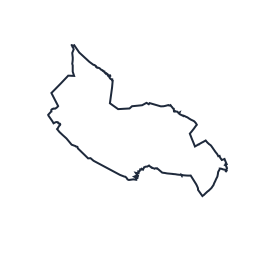 Miacatlán, Morelos, Mexico, rotated 321°
{"feature_id": "50627088B93952904425300", "entity_name": "Miacatlán", "entity_type": "district", "adm_level": 2, "iso_a3": "MEX", "parent_name": "Mexico", "parent_adm1": "Morelos", "projection": "natural_earth1", "projection_center": [-99.34, 18.806], "detail": "fine", "context": "isolated", "style": "outline", "palette": "slate", "viewbox_px": 256, "rotation_deg": 321, "n_neighbors": 0, "source": "geoboundaries", "source_scale": "gbopen_adm2", "svg_char_len": 5257}
<svg xmlns="http://www.w3.org/2000/svg" viewBox="0 0 256 256"><g transform="rotate(321 128 128)"><path d="M76.2,112.3L77.8,125.6L77.9,126.5L79.9,127.9L80.6,131.8L92.3,159.5L94.6,163.5L95.2,164.1L95.5,165.5L95.3,167.6L95.7,168.6L96.2,169.1L99.9,171.3L100.2,171.7L100.6,172.0L101.5,173.1L101.7,173.3L101.9,172.9L102.2,172.7L102.5,172.6L103.3,172.8L103.3,172.4L103.1,172.0L102.7,171.3L102.6,170.7L102.2,169.7L104.0,170.2L104.6,170.3L104.9,170.7L105.0,171.9L105.8,171.4L105.8,171.1L105.7,170.3L105.6,170.1L105.7,169.4L105.7,168.8L105.8,167.7L106.3,168.3L106.5,168.6L106.9,169.0L107.0,169.0L107.3,169.2L107.8,169.7L108.1,169.3L108.3,169.6L108.3,169.8L108.7,168.2L109.8,168.8L110.0,168.7L110.5,168.4L111.0,168.2L111.3,168.0L111.4,168.3L111.8,168.6L112.2,168.5L112.3,168.4L112.5,168.6L113.0,168.4L113.4,169.8L114.5,169.3L115.4,168.9L115.7,168.7L116.1,168.9L116.3,168.9L117.1,169.0L117.4,169.2L117.6,169.3L118.2,169.7L118.7,170.1L120.7,170.4L120.7,170.5L120.7,171.0L120.8,171.1L121.0,172.0L121.5,173.3L121.3,173.4L121.4,173.9L121.6,174.2L122.0,174.7L122.2,175.0L122.6,175.5L122.9,176.0L123.0,176.1L123.0,176.3L123.9,176.6L124.3,176.8L124.5,177.0L124.6,177.3L124.9,177.8L125.1,178.1L125.3,178.0L125.5,178.9L126.2,182.6L126.5,184.2L126.7,184.4L127.2,185.0L127.7,185.5L128.2,186.0L129.8,187.9L133.9,191.9L133.9,192.0L135.6,193.6L137.0,195.2L137.3,195.5L138.3,196.5L139.6,197.7L139.8,197.6L139.8,197.9L139.7,199.2L140.6,198.7L141.3,199.6L143.6,201.8L145.2,203.2L146.8,204.4L145.6,214.5L145.4,215.5L145.0,217.1L144.5,218.8L144.4,219.0L144.1,219.3L143.5,220.2L143.3,223.2L143.0,227.7L143.7,227.7L144.1,227.7L144.9,227.8L145.6,227.7L147.9,227.5L148.6,227.5L149.1,227.4L149.8,227.4L150.6,227.4L150.9,227.5L151.9,227.4L154.6,227.2L155.3,227.1L156.2,226.8L157.6,226.4L158.4,226.2L158.9,225.9L160.5,225.0L162.3,224.2L162.5,224.1L162.9,223.9L163.8,223.4L165.3,222.7L166.9,222.0L167.6,221.4L168.6,220.6L170.3,219.0L171.0,218.6L172.0,218.3L172.2,218.2L173.6,217.6L173.8,217.3L174.6,218.0L175.4,219.2L176.0,220.2L176.9,221.2L177.6,222.0L177.3,222.6L176.8,223.0L176.9,223.4L177.9,223.2L177.9,222.9L178.7,222.0L179.4,221.7L179.7,221.5L179.8,221.0L179.8,220.6L180.1,220.3L180.3,219.3L180.2,218.6L180.0,217.9L180.5,217.9L180.9,217.6L181.0,217.8L181.3,217.9L181.5,217.9L181.5,218.2L181.9,218.3L182.1,217.5L183.0,214.4L183.5,212.8L182.4,212.5L180.8,211.9L180.9,211.3L180.9,211.1L180.8,210.8L180.9,210.4L180.9,209.8L181.0,209.0L181.1,208.8L181.3,208.0L181.6,207.3L180.4,206.8L180.8,205.0L180.9,204.3L180.9,202.8L180.9,201.5L181.2,197.5L181.3,196.4L181.3,195.8L181.4,195.1L181.4,193.4L180.8,191.4L180.8,190.8L180.6,189.9L180.5,188.3L180.5,186.6L179.3,186.4L178.2,186.2L177.5,186.1L176.2,185.8L174.9,185.6L174.4,185.5L174.1,185.5L173.2,185.3L172.5,185.1L172.4,185.3L171.6,185.0L168.4,184.5L169.5,181.0L170.8,176.6L172.5,171.3L175.1,170.8L178.7,170.0L181.5,169.2L183.5,168.8L183.8,166.9L183.7,164.5L183.3,163.5L182.2,161.2L181.7,159.8L181.5,159.4L181.4,158.9L181.0,157.6L180.9,157.2L180.0,155.5L179.8,155.0L179.1,153.6L178.3,152.5L178.2,152.7L176.6,149.2L176.4,149.1L176.8,149.2L176.9,149.3L177.4,148.7L177.9,148.4L176.7,148.2L176.8,147.9L176.5,146.2L176.4,146.1L176.1,145.8L175.1,144.9L174.9,144.8L175.2,144.3L175.2,144.2L174.9,143.8L174.4,143.7L175.7,141.8L175.3,141.1L175.3,140.9L175.4,139.1L175.2,138.3L175.4,137.8L175.4,137.0L175.1,137.0L175.0,136.8L174.8,136.7L174.1,136.5L173.8,135.6L170.7,134.2L169.2,133.4L167.1,131.8L160.5,122.3L159.1,122.6L158.2,120.1L153.3,119.2L144.8,113.6L141.5,113.8L132.2,107.1L129.5,97.4L141.2,86.4L141.5,86.1L144.4,83.1L145.8,81.7L145.5,81.3L145.6,81.0L145.8,80.9L146.2,80.6L146.3,80.4L146.2,80.3L146.3,80.2L146.0,79.9L145.7,79.7L145.4,79.0L145.4,78.7L145.3,78.2L145.3,77.9L145.5,76.7L146.2,76.6L146.4,76.4L147.0,76.4L147.1,76.0L147.2,75.8L147.2,75.7L146.8,75.5L146.6,75.4L146.4,75.4L146.1,75.2L146.0,74.7L145.9,74.6L145.4,74.7L145.4,74.4L145.8,74.1L146.0,73.7L145.8,73.3L145.9,73.0L145.8,72.6L145.7,72.4L145.6,71.9L145.0,72.0L144.9,71.0L145.1,71.0L145.0,70.5L144.8,70.3L144.8,69.9L145.0,69.7L145.2,69.3L144.9,69.1L144.6,68.4L144.8,68.4L144.7,68.0L144.6,67.6L144.5,67.3L144.5,67.0L144.2,66.6L144.0,66.1L143.8,65.8L143.7,65.3L143.6,64.1L143.5,63.6L143.2,63.1L142.9,62.7L142.7,62.2L142.3,61.8L142.1,61.4L141.9,61.5L141.8,61.1L141.7,60.8L141.9,60.6L141.7,60.2L141.8,59.6L142.0,59.5L141.8,58.8L141.6,57.9L140.9,57.2L139.6,52.2L137.6,38.7L138.3,29.8L136.8,29.5L136.5,29.3L136.6,28.4L136.4,28.2L136.3,28.3L136.2,29.4L136.0,29.8L135.9,30.1L136.0,30.3L136.0,30.6L135.9,30.7L135.9,30.9L135.9,31.1L135.7,31.6L135.3,32.7L135.1,32.8L131.9,34.6L129.3,38.6L127.7,40.5L126.5,41.7L125.1,43.0L124.4,44.6L120.5,49.4L118.9,53.6L114.5,49.7L103.8,51.1L90.5,52.6L87.5,67.0L86.1,67.3L84.1,67.2L83.8,67.2L83.6,67.1L83.4,66.8L83.2,66.7L82.7,66.5L82.5,66.4L82.4,66.3L82.4,66.1L82.2,65.9L81.8,65.9L81.4,65.8L81.0,65.6L80.6,65.6L80.3,65.6L79.9,65.8L79.6,65.8L79.2,66.4L78.9,66.9L78.7,66.8L78.4,66.9L74.3,67.5L74.0,68.1L73.5,74.7L73.4,75.7L73.1,77.5L74.7,77.8L75.4,78.0L76.2,78.4L76.6,78.7L77.1,79.7L77.2,79.8L77.1,80.0L76.8,80.5L76.9,80.9L77.5,81.4L77.8,81.8L77.8,82.1L77.7,82.4L77.5,82.7L77.1,82.9L76.6,83.0L75.2,83.2L73.4,84.0L72.2,84.2L72.2,87.9L72.8,92.4L73.6,97.4L73.7,105.5L75.8,109.0L75.8,109.5L76.8,110.8L76.2,112.3Z" fill="none" stroke="#1e293b" stroke-width="2"/></g></svg>